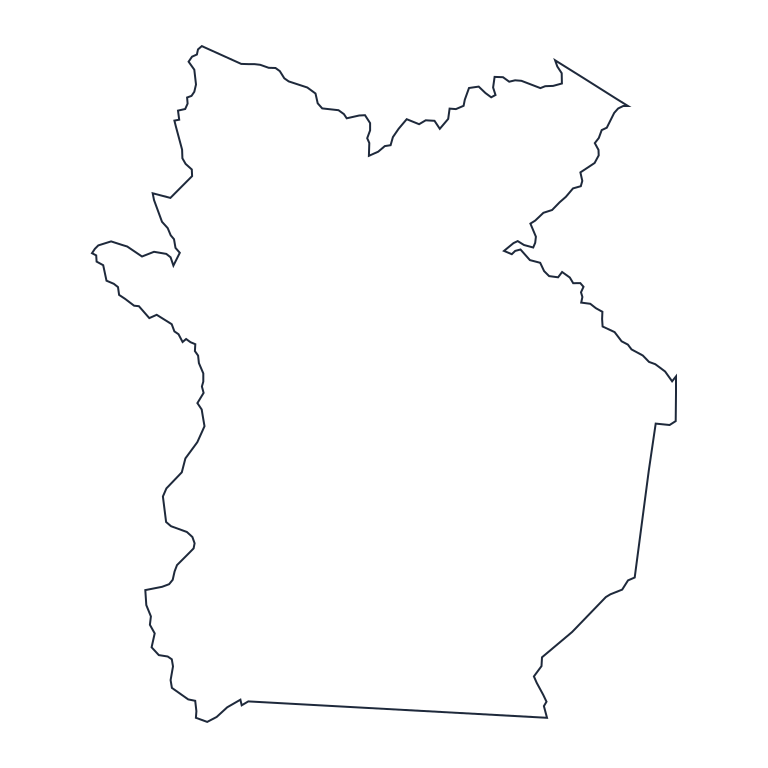 outline of Santo Antônio da Patrulha, Rio Grande do Sul, Brazil
{"feature_id": "56859067B91421795940540", "entity_name": "Santo Antônio da Patrulha", "entity_type": "district", "adm_level": 2, "iso_a3": "BRA", "parent_name": "Brazil", "parent_adm1": "Rio Grande do Sul", "projection": "orthographic", "projection_center": [-50.578, -29.863], "detail": "fine", "context": "isolated", "style": "outline", "palette": "slate", "viewbox_px": 768, "rotation_deg": 0, "n_neighbors": 0, "source": "geoboundaries", "source_scale": "gbopen_adm2", "svg_char_len": 3068}
<svg xmlns="http://www.w3.org/2000/svg" viewBox="0 0 768 768"><path d="M547.0,717.8L543.9,706.1L546.5,701.7L543.2,694.8L536.7,682.8L533.9,676.4L541.5,666.1L542.0,657.3L572.1,632.0L605.8,597.1L610.4,594.3L622.2,589.6L628.0,580.4L634.7,577.5L648.8,470.5L655.7,423.6L669.6,425.0L675.7,421.1L676.0,393.0L676.0,376.4L672.1,381.3L665.1,371.5L655.3,364.2L649.0,361.9L642.8,355.5L631.5,349.4L627.9,344.6L621.6,341.3L614.6,332.1L602.6,326.5L602.1,319.0L602.4,311.8L595.9,308.2L590.3,303.8L581.2,302.6L582.4,297.0L581.0,292.3L583.5,286.8L580.3,283.1L573.2,283.2L569.8,277.5L562.1,272.0L558.1,277.3L549.1,276.1L544.1,271.1L540.2,262.8L529.9,260.1L520.5,249.5L515.2,250.9L511.8,254.2L504.0,250.9L513.5,243.1L517.7,241.1L524.0,245.0L533.2,247.5L535.2,242.8L535.9,236.7L530.4,223.6L535.2,220.6L543.4,212.8L552.1,210.0L559.6,202.3L565.9,196.8L573.0,188.4L580.8,186.2L582.3,180.9L580.4,172.4L594.6,163.0L598.7,155.4L598.5,149.9L594.8,143.1L598.8,138.0L601.7,130.1L606.8,127.7L614.2,112.9L618.1,108.5L623.2,106.0L628.0,106.0L616.7,99.0L583.6,78.1L555.1,60.3L557.3,66.5L561.7,73.2L561.9,83.5L553.1,85.9L545.2,86.2L540.4,88.1L521.4,80.8L515.1,80.3L509.2,81.7L503.0,77.2L494.6,76.9L493.1,87.5L495.5,95.0L491.2,97.3L485.4,93.0L478.7,86.6L469.0,88.0L464.8,99.7L463.6,105.8L455.9,109.1L449.6,108.6L448.2,118.9L439.8,128.8L434.5,120.8L425.7,120.3L419.1,124.2L406.7,119.2L398.6,128.8L392.9,137.1L390.6,145.2L384.8,146.1L378.2,151.7L368.9,155.8L369.3,143.0L367.2,138.2L370.1,130.4L370.1,123.1L365.0,115.2L359.2,115.5L346.7,118.3L343.9,114.1L338.5,110.2L322.2,108.4L317.7,103.3L315.5,93.5L307.3,87.5L288.7,81.4L284.3,78.3L279.8,71.1L275.5,68.0L268.7,67.8L260.2,64.8L254.2,64.1L247.6,64.1L241.2,63.9L201.8,46.1L198.0,49.4L196.9,54.5L192.0,56.7L188.6,61.7L194.3,69.7L196.0,84.5L194.3,91.8L191.5,95.9L187.1,97.5L187.6,103.6L185.2,109.0L178.0,110.6L179.2,119.7L174.4,120.6L175.9,126.6L178.0,134.4L182.1,149.7L182.4,158.3L185.6,163.9L191.8,169.5L192.1,176.1L170.4,197.9L152.7,193.3L154.0,200.0L162.0,221.8L167.7,228.1L170.7,235.3L174.0,239.2L175.5,247.9L179.8,252.8L173.4,265.6L170.6,257.3L166.3,253.9L154.0,251.8L142.0,256.5L127.2,246.5L122.6,245.1L111.1,241.4L98.3,245.4L94.9,248.8L92.0,253.2L96.2,255.4L96.6,261.6L103.2,265.2L106.5,280.7L113.8,283.8L118.0,287.1L119.1,294.9L125.0,298.8L134.1,305.7L138.9,306.2L149.3,318.1L156.7,314.8L171.7,324.2L174.4,331.4L178.5,334.2L182.6,342.0L186.1,339.0L190.5,342.2L195.3,344.2L194.9,351.1L198.1,355.6L198.9,363.1L203.3,373.4L203.3,381.6L201.9,386.5L203.6,392.9L197.4,403.1L201.7,409.5L202.6,415.1L204.5,426.2L202.2,431.4L197.3,442.2L185.4,458.4L181.8,472.3L166.4,488.4L162.9,496.5L166.1,522.0L171.0,526.2L186.9,532.0L192.4,537.0L194.6,543.3L193.6,548.4L188.8,553.3L177.0,565.1L174.6,571.4L172.7,579.8L169.1,584.2L162.1,586.8L145.3,590.1L146.3,605.1L150.9,616.4L149.9,624.8L154.7,633.4L151.6,647.3L158.8,655.1L167.7,656.5L171.8,659.3L173.0,666.4L170.6,680.1L171.9,687.9L188.2,699.4L195.2,700.8L196.4,711.2L195.9,717.8L207.2,721.9L216.6,717.0L227.2,707.3L240.4,699.7L241.7,705.3L248.3,701.4L547.0,717.8Z" fill="none" stroke="#1e293b" stroke-width="2"/></svg>